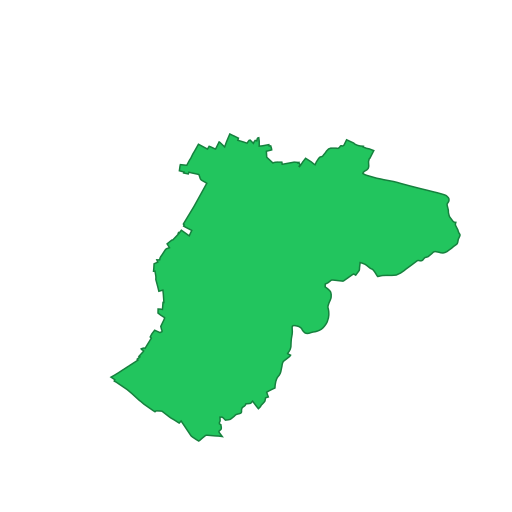 An Thi, Hưng Yên, Vietnam (orthographic projection), rotated 53°
{"feature_id": "81297802B29202402001629", "entity_name": "An Thi", "entity_type": "district", "adm_level": 2, "iso_a3": "VNM", "parent_name": "Vietnam", "parent_adm1": "Hưng Yên", "projection": "orthographic", "projection_center": [106.109, 20.813], "detail": "fine", "context": "isolated", "style": "filled", "palette": "green", "viewbox_px": 512, "rotation_deg": 53, "n_neighbors": 0, "source": "geoboundaries", "source_scale": "gbopen_adm2", "svg_char_len": 6122}
<svg xmlns="http://www.w3.org/2000/svg" viewBox="0 0 512 512"><g transform="rotate(53 256 256)"><path d="M349.4,76.2L348.8,76.9L348.1,77.4L347.0,77.8L341.3,77.8L340.1,77.5L337.3,76.3L335.1,74.8L330.5,72.8L329.6,72.2L329.2,71.4L328.9,70.6L328.6,69.7L328.1,68.8L327.2,68.0L326.3,67.5L325.3,67.3L324.3,67.4L323.4,67.5L322.1,67.8L321.0,68.4L319.7,69.3L318.2,70.4L314.4,73.3L312.0,75.3L306.9,79.4L301.3,84.0L292.8,90.8L285.5,96.5L282.0,99.1L280.8,100.1L279.4,101.2L271.9,108.1L269.6,110.0L266.5,112.8L258.4,118.9L256.9,119.9L254.4,121.0L253.7,119.9L253.6,118.3L253.9,115.6L253.6,113.8L252.8,112.6L252.0,111.8L248.4,109.4L247.0,107.7L246.5,107.0L246.5,106.3L242.7,98.5L238.6,101.1L236.3,103.1L233.2,104.9L232.9,104.3L231.9,105.4L230.8,106.6L229.4,107.8L227.8,108.9L225.9,109.8L224.6,110.0L217.7,113.7L220.4,119.0L220.4,120.0L220.2,120.8L219.4,121.4L219.1,121.8L219.0,122.3L219.5,124.0L219.5,125.5L219.0,126.2L218.0,127.2L216.7,128.9L214.8,131.5L214.2,133.6L214.6,136.5L215.3,138.5L216.0,141.5L216.4,142.7L216.4,143.1L216.1,143.8L215.5,145.4L215.6,146.4L215.8,147.3L217.2,151.2L218.7,153.9L217.1,154.5L213.9,155.3L207.8,157.6L208.1,158.6L209.0,162.0L210.4,165.8L210.8,167.5L210.3,167.6L209.8,165.8L207.6,165.7L207.2,166.2L207.0,165.5L206.3,166.4L204.0,169.0L198.9,179.2L198.5,179.9L197.5,179.3L196.6,178.9L193.9,182.4L192.8,184.1L192.3,185.1L192.1,185.7L192.0,186.5L183.6,188.0L178.6,184.7L179.2,183.2L180.2,180.9L180.7,179.6L179.2,178.8L176.9,178.0L176.1,179.3L174.8,178.7L172.9,182.5L171.7,184.9L170.2,187.3L166.2,184.3L163.2,182.6L162.8,183.7L163.2,184.6L164.5,186.1L163.2,187.1L163.6,188.6L164.5,190.3L159.9,190.9L159.5,191.9L159.8,193.1L160.5,195.3L157.8,197.1L152.6,200.9L151.3,199.1L142.8,203.5L146.9,210.6L150.0,215.4L143.4,216.5L142.7,216.8L145.2,221.8L146.2,223.9L145.4,224.5L141.6,226.5L140.2,227.4L141.4,230.4L132.1,234.7L135.3,242.0L136.5,245.0L138.7,249.3L139.4,251.3L140.5,253.7L141.9,256.7L137.5,261.4L138.4,262.5L141.8,265.9L145.7,262.9L146.2,263.8L149.7,260.7L148.7,259.2L150.9,257.4L156.1,252.9L156.7,252.6L160.9,254.0L162.2,254.0L163.1,253.7L166.3,252.3L168.3,251.5L179.1,275.7L186.7,294.7L186.9,294.8L187.2,294.9L188.0,294.6L188.6,295.8L190.9,294.8L196.9,291.9L199.7,297.2L190.5,300.1L191.4,303.5L190.7,303.7L191.0,304.5L191.7,304.3L193.1,312.8L192.6,313.7L192.8,319.7L195.3,319.9L197.3,320.1L196.4,322.8L196.3,323.6L196.5,324.8L198.5,330.3L199.2,332.5L199.6,333.4L200.1,334.1L201.1,335.3L199.4,337.5L201.8,338.1L200.9,342.1L204.2,344.9L206.5,347.0L207.3,345.8L211.2,347.8L212.6,348.6L214.6,350.2L221.3,352.9L225.7,354.8L227.2,350.9L230.4,352.8L236.9,357.0L237.7,357.6L237.1,358.2L239.7,360.5L242.4,362.9L240.9,364.3L239.4,366.1L242.6,368.6L246.2,367.6L250.2,366.1L250.7,366.6L251.5,367.8L254.9,374.4L257.7,375.6L259.4,376.1L259.8,376.7L259.4,378.8L254.3,381.6L255.5,386.0L257.0,389.2L258.6,389.0L263.0,400.2L262.4,400.5L262.1,400.9L261.8,401.3L261.3,402.7L261.1,403.6L261.6,403.6L262.0,403.6L263.3,403.0L264.2,402.8L264.4,403.1L265.7,409.9L266.7,409.5L266.9,413.0L268.1,413.0L266.8,431.0L266.5,435.9L266.0,441.0L265.5,444.7L269.8,443.2L270.6,444.5L272.5,443.6L285.1,439.3L291.2,437.9L301.0,436.1L303.0,435.5L306.8,434.7L317.5,431.2L319.6,430.4L319.6,429.3L319.7,428.9L319.9,428.5L321.9,426.1L323.3,424.5L331.8,422.2L334.1,421.5L337.6,420.0L341.1,418.7L343.2,417.9L342.7,415.1L360.6,416.1L362.3,415.7L366.6,414.2L369.3,413.1L369.4,411.8L369.1,408.2L369.0,404.3L369.2,403.6L369.8,402.8L375.0,397.0L377.5,394.0L379.9,391.6L374.9,391.6L374.1,391.4L373.7,391.0L373.6,390.7L373.4,388.3L373.0,387.7L372.6,387.3L371.9,386.8L370.3,386.0L369.8,385.6L368.0,386.2L367.0,385.5L366.1,383.9L363.5,382.1L363.0,381.8L363.9,380.5L364.3,380.1L364.7,379.9L365.4,379.6L368.7,379.2L370.4,376.2L370.9,375.0L371.0,374.3L371.0,373.1L370.9,370.0L370.6,368.0L370.7,367.3L370.9,366.5L372.0,363.9L372.3,362.8L372.2,362.0L372.1,361.8L371.7,361.3L370.1,360.1L369.7,359.6L369.3,359.1L369.0,358.5L368.8,358.0L368.9,355.6L368.8,354.8L368.4,353.6L368.2,353.2L368.0,352.9L369.1,351.3L370.2,349.4L370.4,348.7L369.9,346.1L376.1,346.1L379.4,346.0L379.1,343.6L378.9,342.8L378.4,342.0L378.3,341.5L377.8,338.4L377.4,336.6L377.1,336.0L375.0,333.7L376.0,331.0L373.4,330.2L371.2,329.5L371.5,327.0L372.1,323.6L372.8,320.3L371.6,319.3L370.3,318.1L368.1,315.7L366.6,313.5L366.0,312.3L365.6,311.1L365.1,309.0L364.2,307.1L363.3,305.8L359.6,301.6L358.5,300.5L357.6,299.4L357.0,298.4L356.7,297.6L356.6,296.8L356.6,294.8L356.5,289.7L356.3,289.0L356.0,288.1L353.0,289.5L352.6,288.6L351.9,286.5L351.2,285.0L350.2,283.6L349.3,282.6L346.0,279.9L343.4,277.6L340.3,274.3L339.3,273.4L338.4,272.6L335.3,270.5L334.5,269.9L334.0,269.2L333.9,268.6L334.0,268.2L335.0,266.8L336.9,265.1L338.2,264.2L339.7,263.6L340.5,263.4L341.4,263.3L343.7,263.6L345.8,263.4L346.8,263.2L347.5,262.8L348.2,262.2L348.8,261.6L349.6,260.1L350.4,257.8L351.0,256.3L352.3,253.9L352.9,252.2L353.5,250.0L353.8,247.8L353.7,245.9L353.3,243.8L352.6,241.4L351.9,239.7L351.4,238.7L349.0,235.4L347.1,233.5L346.1,232.7L343.9,231.2L342.0,230.2L340.7,229.7L339.9,229.2L339.1,228.4L337.3,225.8L335.8,223.1L334.9,221.7L334.0,220.7L333.1,220.0L332.1,219.2L330.9,218.6L329.8,218.1L328.9,218.0L328.1,218.0L326.1,218.3L324.9,218.6L322.2,219.4L321.9,219.0L320.4,217.9L320.0,217.4L320.4,216.3L320.7,214.4L320.6,210.6L320.8,209.9L321.6,208.9L328.4,201.7L328.6,200.8L328.9,190.5L329.1,188.8L331.3,187.9L329.7,182.4L328.9,181.4L327.8,180.5L323.9,176.8L325.6,175.5L328.2,173.9L330.0,173.3L334.4,172.2L335.7,171.6L336.3,171.2L337.1,170.9L338.5,170.8L340.5,170.8L344.7,171.2L345.7,171.1L347.1,167.9L347.8,166.6L350.1,163.3L353.1,159.4L355.6,155.5L356.6,150.8L356.7,149.0L356.8,146.5L356.7,144.1L356.8,136.7L356.8,131.5L356.8,130.2L357.1,129.2L357.7,128.6L358.5,127.9L359.1,127.2L359.5,126.3L359.6,125.3L359.3,124.2L359.1,123.3L358.9,122.1L359.2,121.3L359.7,120.1L360.1,118.9L359.9,114.3L359.6,111.8L360.3,110.2L362.9,107.8L364.6,106.5L366.1,104.9L366.9,103.1L367.4,100.9L367.4,98.2L367.5,95.1L367.3,92.4L367.4,88.8L367.2,87.8L366.4,86.6L364.4,84.4L362.8,81.4L362.0,80.4L360.9,80.1L359.8,80.1L358.2,79.7L356.7,79.1L351.6,78.2L350.8,77.8L350.0,77.0L349.4,76.2Z" fill="#22c55e" stroke="#15803d" stroke-width="1.5"/></g></svg>